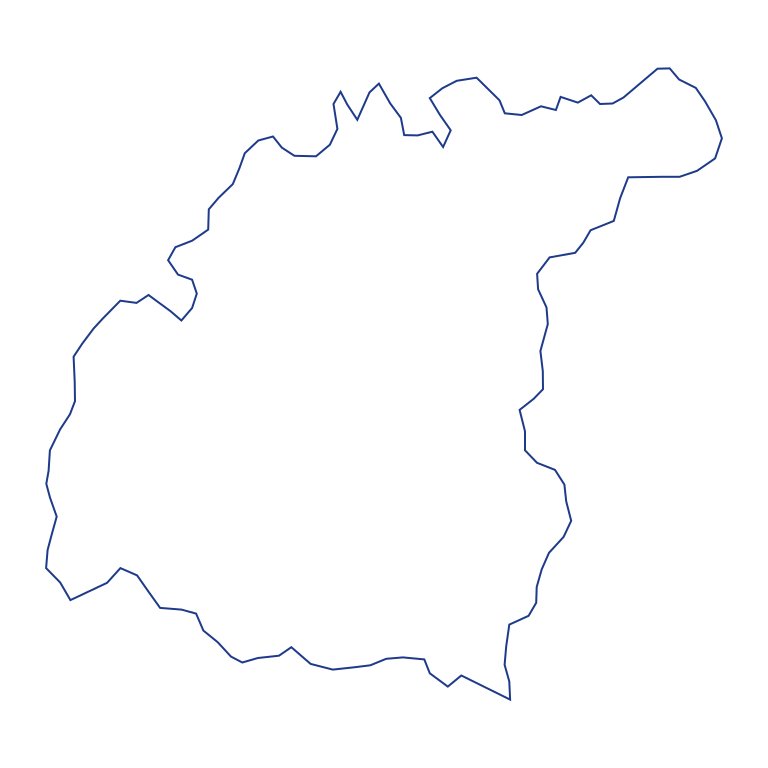 Paulínia, São Paulo, Brazil (Albers equal-area conic projection)
{"feature_id": "56859067B57069551126176", "entity_name": "Paulínia", "entity_type": "district", "adm_level": 2, "iso_a3": "BRA", "parent_name": "Brazil", "parent_adm1": "São Paulo", "projection": "albers", "projection_center": [-47.141, -22.748], "detail": "fine", "context": "isolated", "style": "outline", "palette": "blue", "viewbox_px": 768, "rotation_deg": 0, "n_neighbors": 0, "source": "geoboundaries", "source_scale": "gbopen_adm2", "svg_char_len": 1811}
<svg xmlns="http://www.w3.org/2000/svg" viewBox="0 0 768 768"><path d="M73.6,356.7L74.7,381.6L75.0,401.1L70.0,414.2L60.1,429.4L49.9,450.4L48.6,470.8L46.3,483.8L50.0,497.6L56.7,516.6L51.5,535.3L47.6,550.0L46.1,568.1L60.2,582.5L70.4,600.1L107.1,582.8L120.4,568.1L137.1,575.4L148.6,591.8L160.1,607.9L181.5,609.6L196.1,613.6L203.4,630.6L217.7,642.2L231.0,656.6L242.3,662.5L257.9,658.0L279.0,655.7L291.3,647.2L310.6,663.9L332.8,669.6L354.1,667.3L370.3,665.3L386.2,658.8L402.9,657.4L424.3,659.4L429.8,673.3L447.8,686.6L461.3,675.5L510.1,699.6L509.3,681.5L504.6,664.8L506.2,646.4L509.3,624.6L528.6,615.8L536.2,602.8L536.7,587.0L541.7,569.4L549.0,552.8L563.6,536.9L571.2,520.8L566.2,501.3L564.4,484.6L555.0,469.9L537.0,462.8L525.0,450.3L525.0,431.4L519.6,409.9L533.7,398.8L543.0,389.2L542.8,371.1L540.4,351.0L547.8,324.1L546.5,307.4L538.1,289.3L537.1,273.8L549.6,257.4L575.2,252.8L583.3,242.7L590.6,230.2L613.8,220.9L620.1,198.3L628.2,177.3L661.6,176.8L679.6,176.8L697.1,170.8L715.1,158.4L721.9,138.3L715.9,120.2L705.0,101.3L695.8,87.9L679.1,79.5L669.7,68.4L657.5,68.7L623.5,97.5L612.6,103.5L600.0,104.0L591.2,95.3L577.8,102.6L560.6,96.9L555.9,110.0L541.0,106.3L521.7,115.0L504.8,113.3L499.5,100.3L476.6,77.7L456.7,80.8L442.4,88.2L429.8,98.1L440.0,115.0L450.7,130.3L443.1,147.0L432.4,131.7L417.6,135.4L404.2,135.1L400.9,117.9L390.2,103.4L378.9,83.6L369.5,92.4L357.3,119.8L347.3,104.6L340.6,91.8L333.5,104.0L337.4,128.9L329.9,144.7L316.0,156.3L294.4,155.8L281.8,147.6L273.0,136.5L258.3,140.5L244.8,153.2L239.5,168.0L232.8,184.1L218.7,197.7L208.8,209.3L208.2,229.6L192.1,240.7L175.4,247.2L168.1,260.2L178.0,274.6L192.1,279.7L196.8,293.6L192.1,308.0L181.4,320.5L170.4,311.1L159.2,302.9L148.5,295.0L136.5,302.9L120.3,300.7L103.1,318.2L93.7,328.4L82.2,343.7L73.6,356.7Z" fill="none" stroke="#1e3a8a" stroke-width="2"/></svg>